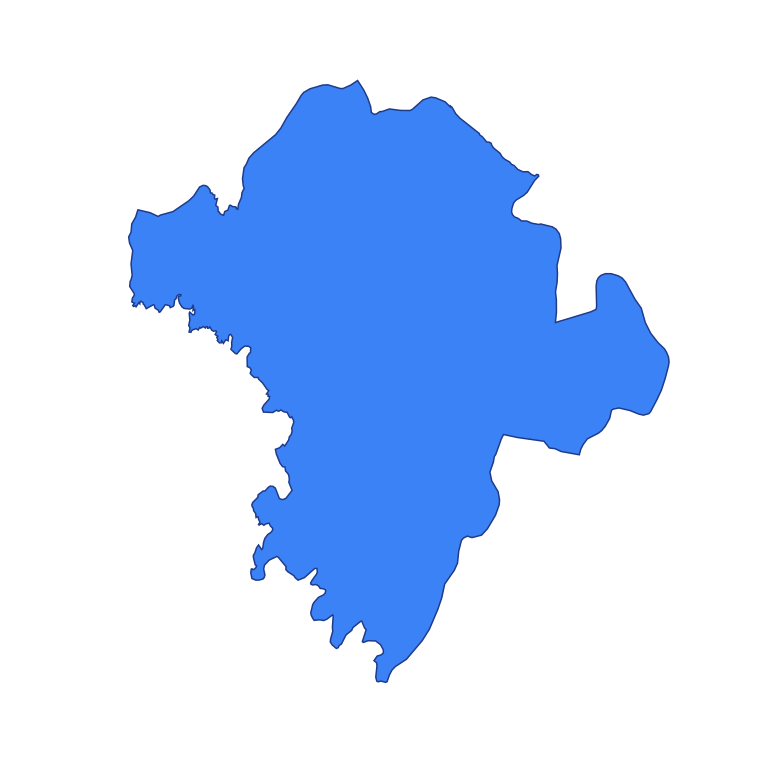 outline of Ioba, Ioba, Burkina Faso, rotated 10°
{"feature_id": "67063806B47797635439115", "entity_name": "Ioba", "entity_type": "district", "adm_level": 2, "iso_a3": "BFA", "parent_name": "Burkina Faso", "parent_adm1": "Ioba", "projection": "equal_earth", "projection_center": [-3.138, 11.037], "detail": "fine", "context": "isolated", "style": "filled", "palette": "blue", "viewbox_px": 768, "rotation_deg": 10, "n_neighbors": 0, "source": "geoboundaries", "source_scale": "gbopen_adm2", "svg_char_len": 6147}
<svg xmlns="http://www.w3.org/2000/svg" viewBox="0 0 768 768"><g transform="rotate(10 384 384)"><path d="M500.3,152.5L499.7,151.2L498.0,151.1L496.4,152.9L493.1,152.2L488.9,149.9L484.0,150.9L478.6,149.5L474.1,146.2L471.5,145.6L469.1,143.5L464.1,141.8L460.9,139.8L458.3,136.7L450.9,132.5L448.7,130.3L447.7,128.3L445.8,127.6L443.1,127.8L438.1,123.6L434.8,121.9L434.4,120.8L412.7,109.1L407.7,105.4L403.1,99.8L401.0,98.6L401.0,99.5L395.2,95.5L385.1,93.2L380.5,93.3L373.0,97.5L364.4,108.4L362.3,110.1L352.9,111.7L341.5,112.2L335.0,115.9L332.6,116.5L329.8,119.2L327.5,120.2L324.4,118.8L322.7,113.2L318.3,105.3L312.9,97.9L305.3,89.7L299.2,95.5L292.2,100.2L289.4,100.6L276.8,99.1L271.6,100.3L259.9,106.1L254.3,110.8L252.3,114.2L249.0,123.1L242.0,138.4L238.0,149.8L234.0,157.2L215.6,178.8L211.8,184.9L210.3,191.2L208.6,195.3L209.0,206.4L211.0,213.3L212.3,215.5L210.9,220.3L211.2,224.9L209.5,232.2L209.7,237.3L208.2,237.0L207.9,235.7L206.7,235.3L204.2,235.6L201.9,234.6L200.8,235.0L200.1,239.8L197.2,241.8L196.7,245.7L193.3,245.0L191.8,243.2L190.8,243.0L189.7,238.6L187.3,237.4L187.7,230.3L185.6,231.3L184.8,230.7L184.5,227.4L182.6,227.0L181.4,225.8L179.9,225.9L178.9,223.0L176.0,220.4L174.1,219.6L171.3,219.8L168.2,222.0L164.0,231.9L159.9,237.5L146.2,250.9L134.6,256.4L132.4,258.2L123.9,255.9L111.4,255.2L110.4,262.8L107.8,270.1L108.5,278.5L107.0,283.5L108.9,289.3L113.4,296.2L114.0,309.7L117.1,320.6L116.9,324.7L116.2,327.0L116.6,332.1L122.2,338.2L122.7,339.8L121.3,343.2L121.4,347.0L124.3,347.8L122.9,350.3L123.8,351.1L125.6,350.2L126.4,351.0L128.5,346.4L129.6,347.4L129.5,345.6L130.1,344.7L132.7,345.8L133.0,347.1L133.8,347.3L136.8,351.1L143.2,345.9L144.2,346.4L145.3,349.0L149.0,350.6L150.1,352.4L151.1,351.8L154.9,343.8L159.3,344.2L160.2,345.9L162.9,344.1L163.5,342.8L163.2,337.5L164.3,336.3L164.7,333.4L166.4,331.5L168.5,331.3L168.4,332.5L166.6,333.6L166.4,335.0L168.5,339.7L171.5,343.1L174.0,344.3L179.9,343.9L181.4,342.7L182.3,339.8L182.9,340.7L183.1,344.8L184.6,343.4L185.0,344.5L185.4,346.9L185.1,348.4L183.9,349.2L180.2,346.9L179.9,348.2L181.7,354.9L181.5,360.3L183.2,362.4L183.0,366.7L184.9,366.6L185.3,364.9L186.2,363.9L189.5,362.1L191.6,363.1L192.8,360.3L193.8,360.8L196.2,358.8L198.3,359.9L198.9,358.5L200.0,358.2L200.6,359.7L201.8,359.4L202.6,358.0L205.0,360.9L207.0,361.6L209.1,360.8L210.0,361.6L209.1,364.6L212.1,365.8L211.2,367.2L212.7,368.8L212.2,370.1L214.8,372.1L216.7,371.6L216.7,369.7L218.8,371.9L220.5,367.9L223.0,368.5L222.7,363.9L223.1,362.5L224.2,361.8L225.1,362.4L226.8,364.4L226.8,369.9L227.6,373.4L227.2,376.4L232.3,379.8L233.9,379.9L237.3,374.0L240.3,370.8L244.2,370.4L246.4,371.4L247.1,376.2L246.1,377.0L244.5,381.1L246.3,390.6L249.0,391.2L250.9,393.2L250.4,396.7L251.6,397.8L255.1,400.1L258.7,399.4L259.7,401.0L264.4,404.2L269.6,409.5L271.7,410.5L270.0,414.3L271.7,414.5L271.9,416.2L273.6,416.2L273.4,419.0L269.4,425.5L268.2,429.1L270.2,432.6L279.4,431.4L282.7,428.4L284.1,429.1L285.6,428.8L286.9,427.5L290.3,428.8L293.6,428.8L296.8,433.1L298.0,433.4L298.8,432.3L301.1,435.4L301.8,437.4L300.8,443.7L301.7,446.3L301.3,450.1L300.0,452.2L299.8,455.8L297.0,462.3L294.8,461.0L292.3,464.9L288.4,467.2L290.1,471.6L295.4,480.1L298.5,483.0L300.9,483.0L302.2,486.8L305.1,489.1L306.3,491.0L307.4,494.9L307.3,497.2L311.9,504.7L307.3,513.6L304.6,515.3L302.5,515.4L300.8,514.9L295.0,505.3L292.4,504.1L289.7,504.3L288.1,505.7L285.4,510.0L283.5,510.4L279.3,514.9L279.4,517.6L275.3,523.4L274.8,526.0L275.6,527.8L276.7,528.7L277.7,531.5L280.1,533.8L281.2,537.7L282.6,536.5L283.4,537.1L283.6,538.5L285.9,541.8L284.8,544.0L285.5,544.6L287.8,542.8L290.2,544.0L292.1,542.2L295.0,541.0L296.9,543.7L299.1,545.1L299.7,546.5L298.9,549.2L295.6,552.5L293.4,556.9L292.9,561.0L293.1,566.6L292.3,568.3L288.4,564.3L286.9,567.5L286.1,572.8L285.1,575.4L285.4,577.2L288.6,584.5L290.0,585.0L289.8,586.9L288.8,588.4L287.1,589.7L286.1,588.9L285.4,589.4L285.6,593.1L287.7,598.5L291.7,599.4L294.8,598.9L298.9,596.9L299.7,595.1L299.9,592.7L297.6,587.0L297.8,583.0L301.5,577.4L308.3,572.5L309.7,572.8L319.2,580.8L319.6,583.8L321.7,585.5L328.5,588.4L330.3,590.3L333.4,592.1L339.3,588.5L347.8,577.7L350.0,577.3L351.0,580.7L350.5,583.1L347.2,589.9L346.3,592.7L346.7,593.8L348.3,594.3L351.9,593.3L354.6,594.2L356.6,596.4L360.0,596.2L362.0,596.8L362.5,597.9L362.4,599.9L361.0,602.2L356.5,605.5L353.0,611.1L352.1,613.6L351.6,621.9L352.5,624.4L354.4,627.0L356.2,628.9L361.6,627.4L365.7,627.4L368.5,625.6L373.5,620.3L374.2,620.9L375.5,632.9L376.5,636.4L375.7,644.3L375.9,647.4L378.2,649.9L383.0,652.7L384.7,651.6L385.3,649.3L387.2,647.5L390.2,637.6L394.9,632.3L395.7,629.2L402.3,621.7L403.3,621.4L407.2,627.6L409.1,629.0L407.4,641.5L408.6,642.1L412.8,639.6L420.3,638.5L425.8,641.3L428.9,645.1L429.8,647.0L429.9,649.3L428.0,651.4L424.5,653.1L422.2,658.2L425.1,659.8L426.0,662.7L426.8,674.1L428.5,677.9L429.9,678.3L432.5,677.1L437.5,677.5L438.7,676.7L439.9,669.3L441.6,664.2L444.3,660.2L453.9,651.2L466.2,630.1L471.3,617.5L476.2,596.3L478.0,584.4L478.5,570.5L485.6,555.2L487.5,547.6L486.6,535.8L487.4,524.7L488.9,522.0L492.5,519.3L497.3,520.0L506.3,515.9L511.0,508.6L516.6,493.8L518.4,482.9L517.9,478.0L515.1,470.3L506.9,460.7L503.6,452.4L505.3,441.7L505.2,436.4L506.3,433.9L509.1,417.5L510.5,413.0L525.3,413.5L551.5,412.6L558.0,418.3L563.8,418.0L570.0,419.7L588.6,419.8L589.2,413.6L590.7,408.9L593.8,402.7L603.8,395.1L606.5,392.0L609.2,387.2L612.2,378.8L612.6,370.3L614.3,368.8L619.6,366.8L630.7,367.4L640.2,369.4L645.0,369.6L650.1,367.1L651.4,364.8L655.6,351.7L658.3,341.6L660.0,329.2L661.0,316.7L660.9,312.7L659.5,308.1L656.7,303.7L654.1,300.7L646.7,295.7L637.9,287.8L630.7,278.2L624.2,264.7L616.4,256.9L604.1,241.5L600.1,238.3L595.9,236.8L588.5,235.9L582.8,236.9L578.7,239.4L576.8,241.9L575.7,245.3L575.9,250.7L579.8,270.0L580.0,272.9L579.5,274.0L574.8,277.2L542.1,293.7L541.4,283.6L539.1,271.0L536.9,263.5L536.8,253.9L535.7,245.3L533.8,237.3L534.7,219.4L532.7,210.2L530.5,205.5L526.6,201.7L522.5,200.0L510.5,199.2L508.8,200.0L501.7,200.0L496.4,198.7L491.1,199.5L487.4,197.6L483.5,196.8L481.3,195.1L479.8,192.6L479.5,189.0L480.1,183.8L480.8,182.0L482.3,179.8L488.6,174.2L491.7,170.3L497.0,157.4L500.3,152.5Z" fill="#3b82f6" stroke="#1e3a8a" stroke-width="1.5"/></g></svg>